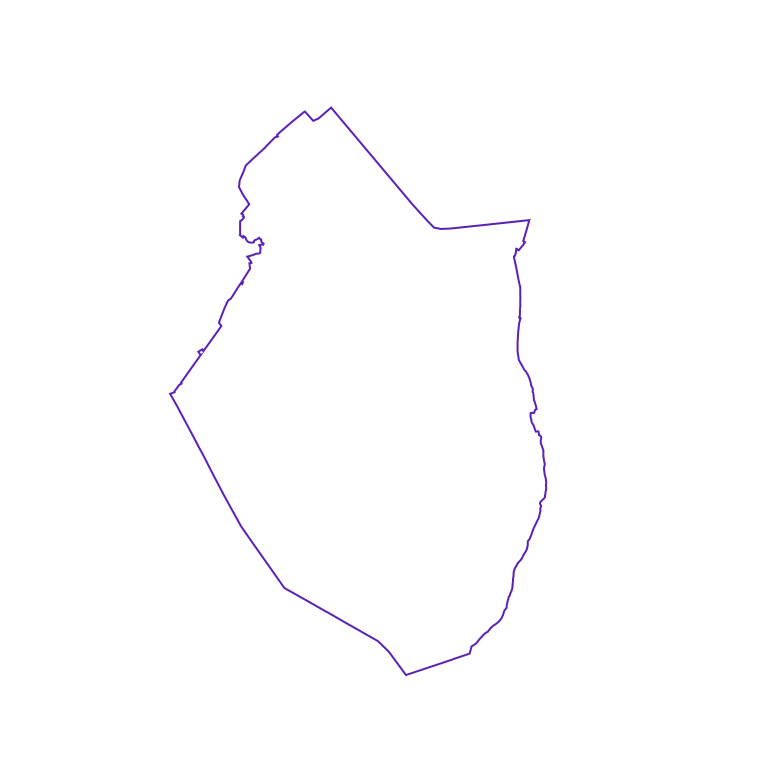 outline of Putten, Gelderland, Netherlands, rotated 66°
{"feature_id": "6326949B51712593029149", "entity_name": "Putten", "entity_type": "district", "adm_level": 2, "iso_a3": "NLD", "parent_name": "Netherlands", "parent_adm1": "Gelderland", "projection": "orthographic", "projection_center": [5.573, 52.248], "detail": "fine", "context": "isolated", "style": "outline", "palette": "violet", "viewbox_px": 768, "rotation_deg": 66, "n_neighbors": 0, "source": "geoboundaries", "source_scale": "gbopen_adm2", "svg_char_len": 6057}
<svg xmlns="http://www.w3.org/2000/svg" viewBox="0 0 768 768"><g transform="rotate(66 384 384)"><path d="M110.0,319.9L113.0,329.9L114.8,335.8L114.8,341.6L110.2,343.1L103.0,345.4L102.9,345.9L103.2,347.0L103.8,349.3L105.1,354.2L107.6,363.2L108.4,365.8L108.6,366.5L110.1,371.4L110.6,373.3L111.4,375.8L112.7,379.7L113.0,380.5L114.7,380.2L114.7,381.5L114.3,382.2L114.5,383.8L114.8,384.6L119.1,395.3L119.4,395.7L123.7,408.4L124.9,412.2L125.6,414.0L127.7,420.1L128.3,421.5L132.8,425.9L134.0,427.2L137.2,430.8L138.9,432.5L139.5,433.1L140.1,433.5L145.2,436.4L154.1,435.8L158.3,435.1L160.5,434.6L162.9,434.4L165.0,434.0L170.4,445.0L170.7,444.8L171.5,444.1L171.8,444.0L172.7,443.9L172.9,444.0L173.3,444.6L174.3,444.1L174.7,444.0L175.3,444.8L176.3,446.8L176.3,447.0L176.5,447.5L176.6,447.9L176.6,449.1L177.2,449.4L184.7,452.8L187.5,454.0L189.1,454.6L189.3,455.1L192.9,453.4L191.7,452.3L192.4,451.8L194.0,451.0L195.5,451.0L196.7,451.1L197.4,451.0L198.1,450.6L198.4,450.6L199.8,449.6L200.4,448.6L201.0,447.4L201.4,446.1L201.6,445.5L201.6,445.4L201.6,445.2L201.2,445.1L200.3,444.3L200.2,443.8L200.1,443.5L200.0,443.1L200.2,441.2L200.2,440.8L200.1,440.6L199.6,438.7L201.9,438.0L202.1,437.4L202.6,437.6L204.1,438.2L205.2,437.8L206.9,436.9L207.3,437.4L207.5,437.7L207.3,437.9L206.3,441.5L206.5,441.6L207.5,441.4L208.8,441.3L209.6,441.4L211.5,442.6L213.6,443.6L213.8,443.8L213.9,444.1L213.9,444.4L213.8,445.6L213.5,446.4L213.0,447.8L212.9,450.2L212.9,451.2L212.8,452.0L212.6,453.0L212.6,453.4L212.4,454.5L212.3,455.8L212.2,456.3L212.1,456.5L212.0,457.1L218.6,455.6L219.5,455.9L218.9,457.8L222.4,458.9L224.1,459.4L232.7,472.2L233.7,471.4L235.1,473.0L233.8,473.9L236.7,478.6L242.4,487.1L243.7,489.2L243.9,490.2L244.2,492.2L244.4,492.6L248.8,497.7L250.4,499.4L256.4,505.5L259.2,508.3L261.0,509.9L264.9,509.0L280.6,535.7L278.4,535.9L279.0,540.5L282.9,539.8L282.9,539.6L300.2,568.9L301.3,568.8L301.5,571.2L305.4,578.3L306.3,578.6L306.0,583.4L319.0,582.1L338.7,580.7L358.5,579.3L365.9,578.9L374.0,578.2L381.9,577.7L391.2,577.3L420.1,575.5L436.7,574.1L456.2,572.4L479.6,567.9L524.1,559.1L529.1,558.2L529.6,558.0L531.1,557.1L536.1,553.3L563.6,533.0L567.4,530.2L570.1,528.1L572.2,526.6L574.2,525.1L576.0,523.8L587.3,515.6L588.6,514.6L616.6,494.0L626.2,490.2L629.1,489.0L630.9,488.4L658.8,482.3L663.3,436.0L663.5,433.7L663.5,432.8L663.8,429.4L665.1,415.4L659.8,411.1L659.4,410.7L659.2,410.4L659.1,410.0L659.2,408.7L658.8,407.4L658.6,405.8L658.2,404.9L655.1,398.8L654.9,398.3L654.8,397.5L654.6,397.1L654.1,396.5L653.9,396.1L653.8,395.2L653.1,393.8L652.8,392.7L652.6,391.4L652.6,390.9L652.6,390.0L652.0,389.2L651.3,387.6L650.4,386.2L649.3,382.6L648.8,379.9L648.3,377.5L647.4,374.9L646.7,373.5L646.1,372.5L643.2,368.9L642.4,368.4L640.1,366.3L639.9,366.0L638.4,363.2L638.1,362.8L636.5,362.2L636.1,362.0L635.8,361.7L635.4,361.1L634.2,360.6L630.2,357.3L629.2,356.6L629.0,356.3L628.7,355.4L626.9,354.0L625.3,352.1L624.5,351.3L622.9,350.0L621.5,349.1L621.2,349.0L620.3,348.4L619.1,347.9L616.3,346.2L613.8,345.0L613.0,344.4L612.3,343.9L609.1,342.3L608.3,341.8L607.1,340.7L606.4,340.2L605.8,339.5L605.3,338.9L604.4,337.6L603.2,336.1L602.5,335.2L601.8,333.9L601.5,333.4L600.8,331.7L600.5,330.9L600.3,330.4L600.1,330.2L599.3,328.9L598.9,328.4L598.2,327.7L597.7,327.1L597.3,326.5L596.1,325.0L594.4,322.2L593.7,321.5L593.1,320.8L591.7,319.7L590.0,318.4L589.4,318.1L586.6,316.8L586.0,316.3L585.7,315.8L585.3,314.8L585.2,314.5L583.6,312.9L582.4,311.4L580.2,309.4L577.1,306.4L575.3,304.4L572.1,300.5L571.2,299.5L569.5,297.3L569.2,297.0L563.5,292.7L562.6,292.2L561.8,292.1L561.3,291.8L560.3,291.0L559.7,290.3L559.3,290.1L559.0,290.0L558.4,290.0L557.5,290.2L556.8,290.2L556.4,290.0L555.9,289.7L555.5,289.2L555.2,288.7L553.5,283.9L553.3,283.7L553.0,283.2L552.6,282.9L551.9,282.5L551.5,282.4L551.1,282.2L550.6,281.6L550.1,281.2L549.0,280.8L546.9,279.2L545.7,278.5L542.8,277.3L541.6,276.9L541.0,276.5L540.1,275.9L539.6,275.6L538.4,275.4L537.1,274.9L535.4,274.6L534.1,274.3L532.4,274.1L531.8,274.0L529.2,273.1L527.4,272.7L526.3,272.2L525.6,271.8L524.7,271.2L522.8,269.8L522.5,269.7L521.7,269.5L520.1,269.2L516.2,268.2L513.6,267.3L510.9,266.0L509.2,265.4L507.2,265.2L502.7,264.9L501.9,264.8L500.8,264.4L499.8,264.0L499.1,263.7L498.0,262.8L496.9,262.1L496.1,261.9L495.0,262.3L494.0,262.8L493.6,262.7L493.5,263.1L490.1,262.2L489.2,264.7L486.1,264.5L482.4,264.2L479.4,264.6L478.6,264.6L477.7,264.4L476.8,264.0L476.5,263.9L473.3,263.4L472.1,262.8L471.5,262.5L470.3,261.9L470.2,261.8L470.1,261.6L470.2,261.3L471.2,259.3L471.4,258.8L471.4,258.6L471.3,258.4L470.9,258.2L470.6,258.0L469.1,256.4L469.0,256.2L469.1,254.9L466.3,254.2L464.7,254.0L460.5,253.5L459.7,253.6L455.1,252.0L453.5,251.4L453.0,251.3L451.6,251.4L451.0,251.1L450.0,250.4L449.4,250.2L448.5,249.9L448.2,249.9L447.4,250.2L446.6,250.1L445.7,250.1L444.8,250.1L442.9,249.5L441.0,249.2L439.5,249.1L438.5,248.9L434.4,248.8L433.7,248.8L431.2,249.4L431.3,249.5L430.7,249.1L428.6,249.9L427.5,250.1L422.8,250.5L417.3,251.0L416.8,251.0L416.2,250.9L413.1,249.9L411.8,249.7L410.6,249.4L407.1,248.1L399.0,244.4L395.5,242.5L393.1,241.3L390.4,239.9L390.0,239.7L389.6,239.5L389.3,239.2L388.6,238.7L387.7,238.3L385.0,236.7L384.3,236.4L383.5,235.8L382.8,235.4L382.4,235.1L382.0,234.5L381.9,234.4L381.1,233.9L380.2,233.4L380.1,233.2L379.8,232.7L379.2,233.2L378.9,232.8L378.6,233.0L377.8,233.3L377.5,233.1L377.4,232.4L369.6,228.6L368.7,227.9L366.4,227.0L365.6,226.6L365.2,226.5L364.0,225.9L363.2,225.5L362.6,225.3L362.1,225.0L359.6,223.9L357.7,223.1L356.6,222.7L355.5,222.1L354.2,221.6L353.2,221.1L351.7,220.5L350.3,219.9L349.8,220.0L343.4,218.7L331.6,215.9L329.3,215.4L324.7,214.5L320.5,213.5L320.2,213.2L320.1,212.5L320.1,212.3L319.3,211.5L318.6,211.0L318.5,210.8L318.1,210.4L315.6,208.9L314.2,208.2L314.3,207.9L314.8,207.6L315.8,207.3L316.5,206.8L316.6,206.7L316.6,206.2L316.2,205.7L315.8,204.9L315.3,203.8L314.1,201.5L313.6,200.1L313.4,199.8L312.6,199.3L312.3,198.9L312.0,198.4L312.3,198.1L311.8,197.5L310.0,198.6L300.9,190.8L293.4,184.6L269.4,258.9L265.6,268.8L261.5,274.7L252.6,278.0L231.7,284.9L110.0,319.9Z" fill="none" stroke="#5b21b6" stroke-width="2"/></g></svg>